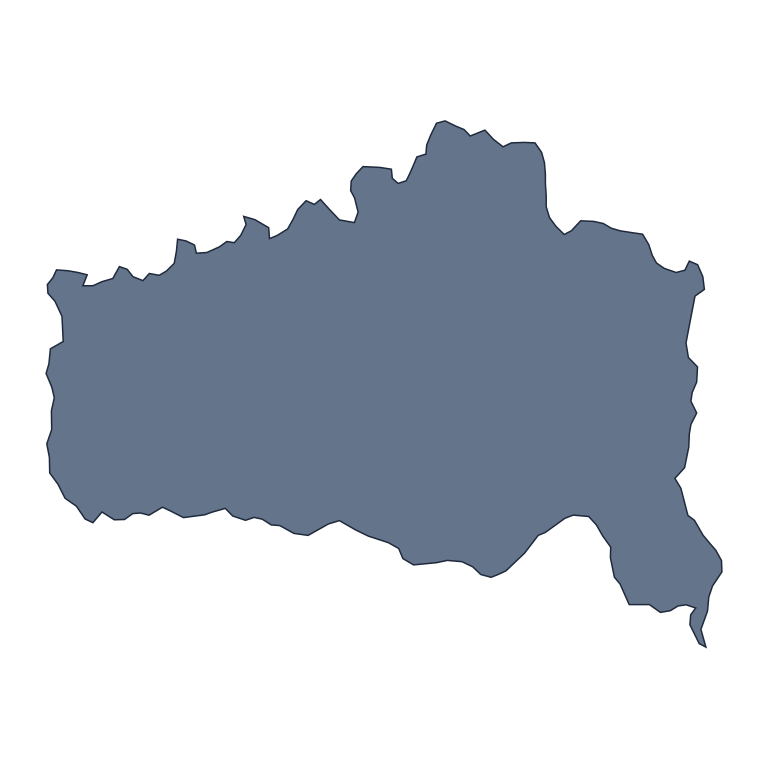 outline of Campo do Tenente, Paraná, Brazil
{"feature_id": "56859067B28221247728736", "entity_name": "Campo do Tenente", "entity_type": "district", "adm_level": 2, "iso_a3": "BRA", "parent_name": "Brazil", "parent_adm1": "Paraná", "projection": "albers", "projection_center": [-49.655, -25.98], "detail": "fine", "context": "isolated", "style": "filled", "palette": "slate", "viewbox_px": 768, "rotation_deg": 0, "n_neighbors": 0, "source": "geoboundaries", "source_scale": "gbopen_adm2", "svg_char_len": 2541}
<svg xmlns="http://www.w3.org/2000/svg" viewBox="0 0 768 768"><path d="M704.4,289.4L702.8,276.6L697.6,264.7L689.3,261.1L684.9,270.2L676.1,272.5L664.3,268.4L656.5,263.0L652.3,255.5L648.8,244.7L642.6,234.2L629.0,232.2L620.0,230.8L611.1,228.1L603.3,223.5L593.7,221.4L580.7,220.8L571.3,230.8L564.2,234.5L555.9,226.3L549.5,217.6L546.2,206.8L546.2,195.4L545.4,183.8L545.4,174.2L544.4,162.5L541.6,152.4L535.0,142.9L524.4,142.4L511.3,142.9L503.0,146.8L493.3,139.2L484.9,130.1L470.2,136.0L464.1,129.6L455.5,126.0L445.1,120.9L436.5,123.2L430.7,135.1L426.7,145.0L425.9,154.1L416.9,156.9L413.6,164.8L409.9,173.3L406.2,180.8L398.1,183.4L392.3,178.3L391.4,169.2L379.8,167.4L363.0,166.6L356.2,173.8L351.2,181.1L350.7,190.7L354.6,198.0L358.1,212.1L354.4,222.6L339.4,219.9L329.0,208.9L320.5,199.5L314.3,204.4L306.1,200.7L297.8,209.4L293.0,219.4L287.6,229.0L276.9,235.6L269.5,238.6L268.7,227.7L254.8,219.6L243.7,216.4L246.1,224.6L240.7,235.4L234.3,242.7L226.8,241.5L219.5,246.8L206.8,252.5L196.4,253.2L194.5,245.0L185.9,240.9L177.6,239.2L176.4,251.4L174.2,263.4L166.5,271.0L159.2,275.3L149.3,273.5L143.0,280.6L133.0,276.7L127.2,269.3L119.4,266.6L112.8,278.5L101.8,281.7L93.0,285.7L82.9,285.8L87.2,274.8L78.0,272.5L67.6,270.7L56.5,269.9L52.9,277.7L47.4,284.5L47.9,293.2L55.0,301.3L62.0,316.4L63.2,341.5L50.4,348.8L48.9,363.8L46.1,373.5L51.8,387.2L54.3,397.7L51.4,410.9L51.7,429.5L46.8,443.8L49.4,457.5L49.7,472.9L58.0,484.3L65.1,498.3L76.4,506.2L85.1,519.0L92.9,522.7L102.0,512.0L114.3,519.8L124.5,519.5L132.7,513.6L140.5,513.0L149.0,515.2L162.5,507.2L170.7,511.1L183.5,517.6L204.7,514.8L212.2,512.1L225.3,508.4L232.7,516.0L245.5,520.3L254.1,517.4L262.3,519.2L271.2,524.9L279.8,525.6L293.9,533.4L308.1,535.4L328.3,524.0L339.4,520.6L355.4,529.8L368.5,536.2L388.2,542.6L398.7,548.5L402.9,558.6L413.6,564.9L436.4,562.7L447.3,560.4L462.0,561.7L472.7,566.8L480.8,574.5L491.1,577.3L498.1,574.5L505.9,570.9L524.6,553.1L538.2,535.4L545.2,532.5L564.9,518.3L573.1,515.1L588.7,516.5L596.4,524.9L602.6,535.8L610.7,547.1L610.4,557.6L614.4,577.2L620.1,584.1L629.2,604.6L640.7,604.6L649.4,604.6L660.4,612.4L670.3,610.7L678.0,606.0L686.1,604.8L695.7,608.0L690.7,614.8L689.9,624.7L699.2,643.6L705.9,647.1L700.9,629.4L707.5,611.2L708.8,597.0L712.5,586.0L721.9,571.9L721.5,560.6L715.9,550.4L710.4,544.0L703.1,535.3L694.5,520.4L687.9,515.4L680.9,488.3L674.9,478.4L684.6,467.7L688.8,446.9L689.3,434.1L690.9,424.5L696.7,413.0L690.9,401.2L692.2,392.5L696.7,382.0L697.5,366.9L688.4,357.5L686.0,342.9L695.0,296.1L704.4,289.4Z" fill="#64748b" stroke="#1e293b" stroke-width="1.5"/></svg>